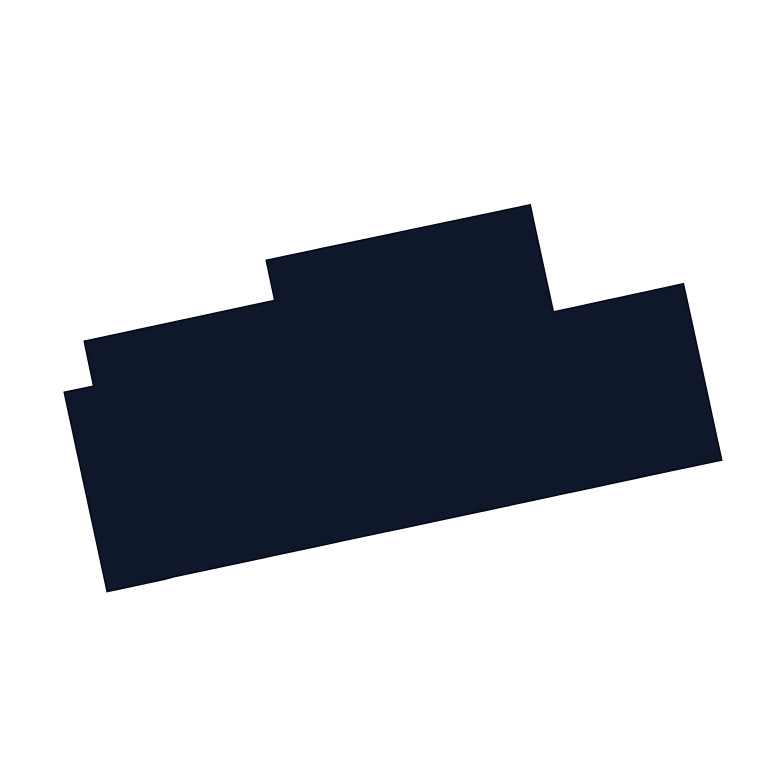 outline of Orroroo Carrieton, South Australia, Australia, rotated 258°
{"feature_id": "25037944B41363903956940", "entity_name": "Orroroo Carrieton", "entity_type": "district", "adm_level": 2, "iso_a3": "AUS", "parent_name": "Australia", "parent_adm1": "South Australia", "projection": "albers", "projection_center": [138.617, -32.532], "detail": "fine", "context": "isolated", "style": "filled", "palette": "ink", "viewbox_px": 768, "rotation_deg": 258, "n_neighbors": 0, "source": "geoboundaries", "source_scale": "gbopen_adm2", "svg_char_len": 1782}
<svg xmlns="http://www.w3.org/2000/svg" viewBox="0 0 768 768"><g transform="rotate(258 384 384)"><path d="M239.1,224.6L239.1,230.9L239.2,239.9L239.2,243.5L239.2,243.8L239.2,295.0L239.2,303.7L239.2,306.0L239.3,306.0L239.3,312.1L239.3,325.3L239.3,355.1L239.2,355.3L239.2,413.4L239.2,431.9L239.2,445.1L239.2,469.3L239.2,469.6L239.2,469.8L239.2,482.3L239.3,482.4L239.3,512.8L239.3,520.7L239.3,523.4L239.3,525.7L239.4,533.5L239.4,534.0L239.4,534.3L239.4,534.5L239.3,554.0L239.4,593.4L239.4,604.7L239.4,611.1L239.5,622.3L239.5,648.6L239.5,648.8L239.4,676.7L239.4,693.7L239.3,698.5L241.0,698.5L252.7,698.5L261.0,698.4L290.1,698.3L291.5,698.3L303.8,698.3L304.1,698.3L304.3,698.3L328.2,698.2L328.3,698.2L330.4,698.2L343.8,698.1L372.7,698.0L378.0,698.0L381.8,698.0L382.9,698.0L383.1,697.9L390.1,697.9L406.8,697.8L411.0,697.8L419.9,697.7L419.8,697.0L419.7,668.8L419.6,663.9L419.6,659.4L419.6,648.4L419.6,645.8L419.5,637.2L419.5,618.7L419.3,586.7L419.3,575.1L419.3,567.7L419.3,564.7L432.4,564.6L441.2,564.6L449.8,564.5L461.5,564.5L472.4,564.4L482.1,564.4L502.8,564.3L503.4,564.3L514.8,564.3L528.9,564.3L528.9,546.3L529.1,476.7L529.2,446.2L529.2,432.2L529.4,371.1L529.4,365.1L529.5,354.3L529.5,348.4L529.4,347.6L529.4,340.8L529.5,317.8L529.5,315.3L529.5,312.9L529.5,294.5L513.0,294.5L504.9,294.5L499.8,294.5L488.5,294.5L488.5,284.0L488.5,279.0L488.5,276.2L488.5,275.5L488.5,273.9L488.3,164.9L488.2,99.7L479.3,99.6L442.3,99.5L442.4,77.8L442.4,69.5L435.2,69.5L420.6,69.5L406.4,69.6L392.9,69.6L382.9,69.6L375.4,69.7L368.5,69.7L361.8,69.7L347.5,69.7L340.7,69.8L334.0,69.8L324.8,69.8L294.6,69.9L247.0,70.0L238.5,70.0L238.5,82.6L238.6,129.0L238.7,130.8L239.2,139.8L239.1,142.1L239.1,143.7L239.1,157.8L239.1,167.5L239.1,188.3L239.1,224.6Z" fill="#0f172a" stroke="#020617" stroke-width="1.5"/></g></svg>